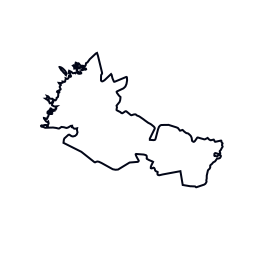 the border of Astrakhan', rotated 150°
{"feature_id": "RUS-2388", "entity_name": "Astrakhan'", "entity_type": "Region", "adm_level": 1, "iso_a3": "RUS", "parent_name": "Russia", "parent_adm1": "", "projection": "albers", "projection_center": [47.293, 47.158], "detail": "fine", "context": "isolated", "style": "outline", "palette": "ink", "viewbox_px": 256, "rotation_deg": 150, "n_neighbors": 0, "source": "natural_earth", "source_scale": "10m", "svg_char_len": 5923}
<svg xmlns="http://www.w3.org/2000/svg" viewBox="0 0 256 256"><g transform="rotate(150 128 128)"><path d="M109.1,51.3L104.2,64.4L121.1,70.4L124.4,71.4L125.1,71.9L125.6,72.6L125.6,73.1L125.1,74.1L124.3,75.0L124.5,75.4L125.4,76.6L125.7,77.6L125.3,79.3L125.3,80.3L125.8,80.9L127.6,81.1L128.3,81.8L127.8,82.8L126.4,84.0L123.2,86.1L123.5,86.7L125.8,89.7L127.1,91.9L127.0,92.4L126.4,93.1L125.8,94.6L125.9,95.2L126.5,96.0L127.6,97.1L134.0,101.5L134.5,101.4L134.8,100.4L135.0,98.1L135.0,95.0L135.1,94.2L135.8,93.8L136.5,93.8L143.9,97.3L157.4,97.0L159.7,98.1L161.8,99.9L168.4,110.9L170.1,113.3L171.1,114.2L172.3,114.6L173.6,114.7L174.1,115.1L180.3,130.7L191.3,147.4L189.4,149.9L188.3,150.8L183.0,151.9L182.1,151.5L181.2,149.6L180.6,148.8L179.9,148.2L177.8,147.6L175.7,148.0L173.9,149.5L173.1,152.1L172.2,153.2L173.6,153.6L174.9,154.3L175.2,154.9L175.5,156.3L176.1,156.7L175.3,157.9L176.4,158.4L179.7,158.4L181.1,158.7L182.0,159.5L183.0,160.6L185.1,162.2L187.8,162.0L188.6,162.4L190.1,163.9L192.7,165.9L199.6,169.6L200.9,171.3L202.1,172.3L202.4,172.8L202.2,173.4L201.6,173.5L200.4,172.7L198.6,172.2L197.3,171.5L196.6,170.6L197.5,169.7L196.9,169.3L196.5,169.6L195.8,170.8L194.7,171.4L194.3,171.9L194.5,172.6L194.0,173.0L193.8,173.6L194.8,173.6L195.4,174.2L195.7,175.1L196.0,178.3L195.8,178.7L195.1,178.1L194.2,176.7L193.8,176.4L193.2,176.5L192.5,177.5L191.6,177.7L190.3,178.9L189.5,179.3L189.5,179.6L190.3,181.0L189.8,182.0L189.5,182.2L189.3,181.9L189.2,180.9L188.8,179.8L188.3,179.0L187.6,178.6L187.9,180.3L187.9,181.1L187.4,180.6L186.7,179.4L186.1,179.0L185.9,179.4L186.6,180.2L187.2,181.5L187.5,182.6L186.9,182.8L186.3,182.1L186.0,181.1L185.4,180.3L184.5,180.1L185.5,181.3L185.8,182.1L185.8,183.2L185.5,183.7L185.2,183.7L184.9,183.3L184.8,182.7L184.2,181.7L182.9,180.6L181.8,180.1L181.3,180.8L181.1,180.8L180.8,180.5L180.5,180.6L180.2,181.2L180.0,182.1L178.7,182.3L180.9,183.3L182.4,185.6L181.7,186.8L180.4,187.5L179.5,188.2L179.8,188.9L180.6,188.3L181.4,188.1L182.8,188.2L183.3,188.4L183.4,189.0L183.3,189.6L182.9,190.6L183.0,191.0L183.5,191.6L183.5,192.3L184.4,193.8L184.8,194.7L183.8,194.2L183.1,194.7L182.3,194.9L182.1,195.2L182.1,196.2L181.4,195.4L181.1,194.4L181.2,193.4L181.9,192.7L181.2,192.7L180.8,192.5L179.7,191.5L179.0,191.3L178.9,191.2L178.6,190.3L177.7,188.9L176.9,188.2L176.3,188.4L175.1,189.1L174.7,189.8L173.2,189.9L172.1,191.1L170.7,193.6L170.1,193.1L169.6,193.2L169.4,193.5L169.6,194.1L171.2,194.4L171.4,194.8L170.9,195.2L167.5,195.0L167.0,195.2L166.8,195.6L166.8,197.1L166.6,197.8L166.3,198.1L165.6,198.5L164.7,198.7L164.6,198.9L164.7,199.6L165.4,200.9L165.4,201.7L163.2,200.2L162.0,200.0L161.5,201.0L160.0,199.7L159.6,199.6L159.0,199.9L158.4,200.8L157.5,201.3L157.3,201.6L157.1,202.2L156.2,201.1L155.7,200.7L154.3,201.2L153.1,202.6L153.0,202.4L152.4,201.2L151.8,201.1L151.4,201.4L151.3,202.0L151.3,203.3L150.9,204.4L151.0,204.9L151.6,205.2L151.1,206.3L150.4,207.0L148.9,204.8L148.5,203.2L148.0,202.8L146.9,202.5L146.3,201.8L145.9,202.2L144.9,202.0L144.5,201.3L144.1,200.3L143.3,199.4L141.9,198.8L141.2,198.7L140.9,199.2L141.0,200.2L141.3,200.3L141.8,200.1L142.3,200.1L142.3,200.3L142.8,201.4L143.5,201.9L143.4,203.0L143.5,203.8L142.9,204.0L143.1,204.6L142.9,205.5L143.4,205.9L144.8,206.3L144.2,207.8L144.2,208.5L144.5,209.5L143.6,209.5L143.2,209.0L142.6,207.0L142.1,206.1L140.5,204.1L140.1,203.9L138.4,204.0L137.5,203.0L136.6,202.7L136.8,202.2L137.4,201.5L139.2,201.5L138.4,200.8L136.4,200.6L136.0,199.9L135.4,199.7L134.9,199.8L134.8,200.3L134.9,200.7L135.9,201.7L136.0,202.9L136.5,203.6L137.2,203.6L137.9,204.7L139.6,204.9L140.3,205.2L140.9,206.0L140.8,206.4L141.6,209.1L141.6,209.5L141.5,209.8L140.6,210.7L139.9,210.0L139.4,208.9L139.4,207.8L138.9,208.2L138.8,208.9L138.9,209.2L138.6,208.9L138.3,208.4L138.0,205.9L137.8,205.5L136.1,204.6L134.8,203.3L134.2,203.1L133.3,203.5L132.0,205.1L130.3,205.1L126.7,206.7L118.5,208.6L117.3,208.5L117.9,205.6L122.8,188.9L123.3,188.0L124.5,187.5L125.2,186.7L127.5,182.9L127.6,182.3L127.5,181.8L127.1,181.3L126.5,181.1L124.5,181.1L115.7,183.2L115.6,182.3L116.6,178.8L117.0,175.2L116.8,174.9L116.3,174.7L104.0,173.1L103.6,172.5L104.9,169.8L107.3,166.9L109.6,165.2L112.1,164.6L119.3,165.2L119.8,165.0L120.0,163.9L119.7,161.0L119.4,159.6L119.0,158.8L119.3,158.1L120.8,156.1L122.2,154.8L126.7,153.1L127.3,151.3L127.9,150.7L128.9,149.4L128.7,148.7L126.6,145.5L126.4,144.6L125.9,143.9L125.4,143.6L124.7,143.6L122.0,143.8L121.5,143.6L121.1,143.2L119.2,138.1L118.9,137.6L118.5,137.3L115.8,136.7L114.6,136.0L113.9,134.2L112.8,132.9L112.1,131.7L110.3,127.9L109.7,126.4L107.9,122.4L106.8,120.7L106.1,119.4L104.9,116.2L104.8,115.5L104.8,114.9L104.9,114.5L105.3,114.0L114.4,107.9L115.0,106.8L111.9,104.7L110.8,104.3L110.2,104.4L109.4,105.0L102.7,111.8L100.6,113.5L99.1,114.0L98.5,114.1L97.4,113.8L91.3,110.4L85.8,104.4L84.8,103.1L84.3,99.7L83.8,99.5L81.8,99.1L81.6,98.8L81.2,97.1L80.3,94.9L79.6,94.0L78.9,93.5L78.5,92.8L77.8,90.7L77.6,89.5L77.8,87.7L78.9,84.9L78.8,84.5L78.3,83.4L77.8,83.1L76.7,83.2L72.9,85.0L72.3,84.9L67.6,80.0L66.8,79.7L64.0,79.6L63.6,77.8L62.8,76.3L62.4,76.0L59.6,75.1L59.5,74.3L59.6,73.0L59.5,72.6L59.3,72.4L53.7,70.6L53.6,70.4L53.6,70.0L54.0,69.2L54.1,68.5L53.8,67.7L53.8,67.4L54.9,66.5L55.2,66.1L55.3,64.8L55.4,64.5L55.7,64.3L57.3,63.5L58.3,62.7L60.1,62.1L60.4,61.5L60.6,60.3L60.9,59.8L62.7,60.3L64.7,62.5L65.2,62.7L66.0,62.5L67.0,61.0L67.0,60.5L66.3,60.2L65.7,59.4L65.1,59.0L64.6,58.9L63.0,59.3L62.5,59.1L61.6,58.0L61.5,57.5L61.6,57.2L62.6,56.4L63.2,56.1L64.7,56.2L66.1,57.0L69.2,55.6L71.5,55.6L73.0,55.0L75.4,54.5L75.8,54.1L76.3,53.0L77.5,52.0L79.6,51.5L80.2,51.1L83.6,47.4L85.1,44.9L86.3,43.6L86.8,42.3L87.4,41.8L88.9,41.0L90.4,40.9L98.4,42.5L98.7,42.7L99.1,43.8L99.5,44.1L103.3,46.5L109.1,51.3ZM156.8,211.4L156.9,214.9L156.8,215.1L156.6,215.0L155.5,213.7L154.9,212.5L154.3,210.7L153.9,208.9L153.8,206.2L153.9,205.7L154.6,205.5L155.3,204.8L155.5,205.3L155.4,206.1L156.1,208.2L156.3,209.9L156.8,211.4Z" fill="none" stroke="#020617" stroke-width="2"/></g></svg>